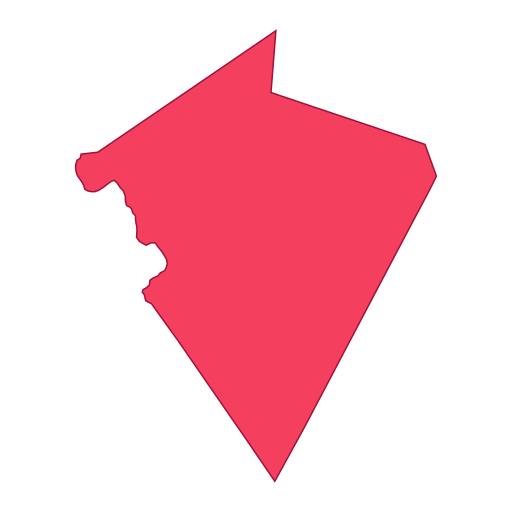 São Benedito do Rio Preto, Maranhão, Brazil
{"feature_id": "56859067B52035287226996", "entity_name": "São Benedito do Rio Preto", "entity_type": "district", "adm_level": 2, "iso_a3": "BRA", "parent_name": "Brazil", "parent_adm1": "Maranhão", "projection": "mercator", "projection_center": [-43.709, -3.395], "detail": "fine", "context": "isolated", "style": "filled", "palette": "rose", "viewbox_px": 512, "rotation_deg": 0, "n_neighbors": 0, "source": "geoboundaries", "source_scale": "gbopen_adm2", "svg_char_len": 1072}
<svg xmlns="http://www.w3.org/2000/svg" viewBox="0 0 512 512"><path d="M275.9,30.7L201.5,81.5L172.8,101.1L166.7,105.2L97.8,152.2L81.1,154.1L80.2,158.2L77.0,160.3L75.7,164.8L75.6,168.5L76.3,172.3L77.6,175.9L81.8,181.9L83.9,185.7L84.8,189.3L87.7,190.9L91.0,191.6L94.7,191.7L98.7,190.3L103.7,187.1L107.1,184.4L110.9,181.6L114.2,180.3L117.1,182.9L120.2,187.6L123.2,190.7L125.3,196.0L125.3,199.9L126.4,205.4L129.4,206.9L131.6,208.8L132.7,212.8L135.5,215.7L135.5,219.4L136.1,223.6L136.9,227.3L136.9,231.8L136.5,237.2L139.2,241.2L142.3,243.2L146.1,245.2L151.3,242.8L155.4,243.0L157.9,246.7L162.2,252.1L164.4,255.7L166.6,259.5L167.3,263.8L166.2,267.6L164.7,270.6L160.3,272.9L158.1,275.8L152.4,278.4L149.9,280.4L149.4,285.0L146.5,287.7L143.1,289.6L142.2,292.3L144.2,294.5L145.7,300.6L148.4,302.3L151.3,303.5L179.1,342.2L206.7,382.2L232.8,420.0L236.2,424.9L245.7,438.6L274.8,481.3L304.9,426.4L340.7,358.4L375.6,292.1L395.2,254.9L423.8,200.9L431.5,186.2L436.4,176.1L425.0,144.4L335.5,114.3L278.2,95.0L271.0,92.5L275.9,30.7Z" fill="#f43f5e" stroke="#9f1239" stroke-width="1.5"/></svg>